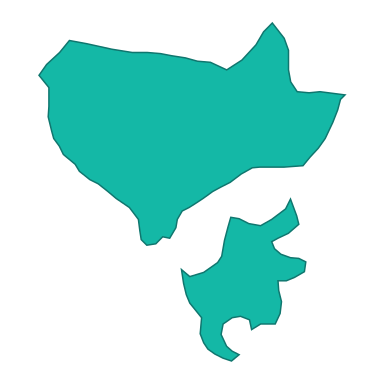 outline of Milia Ammochostou, Cyprus
{"feature_id": "46923920B90595863135808", "entity_name": "Milia Ammochostou", "entity_type": "district", "adm_level": 2, "iso_a3": "CYP", "parent_name": "Cyprus", "parent_adm1": "", "projection": "mercator", "projection_center": [33.805, 35.225], "detail": "fine", "context": "isolated", "style": "filled", "palette": "teal", "viewbox_px": 384, "rotation_deg": 0, "n_neighbors": 0, "source": "geoboundaries", "source_scale": "gbopen_adm2", "svg_char_len": 1562}
<svg xmlns="http://www.w3.org/2000/svg" viewBox="0 0 384 384"><path d="M345.0,94.9L320.0,91.7L309.1,92.8L297.2,91.7L290.7,81.9L288.5,69.9L288.5,50.3L284.2,38.3L272.3,23.0L263.6,31.8L256.0,44.8L241.9,60.1L226.7,69.9L210.4,62.3L197.4,61.2L185.5,57.9L171.4,55.7L160.5,53.6L147.5,52.5L132.3,52.5L111.7,49.2L86.7,43.7L69.4,40.5L59.6,52.5L46.6,64.5L39.0,75.3L48.9,87.6L48.9,95.2L48.9,106.4L48.2,116.8L51.6,130.8L53.7,138.5L59.3,146.1L63.4,154.5L75.2,164.3L79.4,171.3L89.8,179.6L98.2,183.8L107.9,191.5L116.2,198.5L129.4,207.5L138.4,219.4L139.8,230.5L141.2,239.6L146.8,245.2L155.8,243.8L162.7,236.8L169.7,238.2L175.9,227.7L177.3,219.4L182.2,211.0L189.1,207.5L196.8,202.6L203.0,198.5L212.7,191.5L220.4,187.3L230.1,182.4L241.2,174.0L252.3,167.8L259.9,167.1L273.1,167.1L284.2,167.1L303.0,165.7L309.9,157.3L318.3,148.2L325.2,138.5L332.8,122.4L337.7,109.9L340.5,99.4L345.0,94.9ZM290.5,199.1L285.6,208.9L271.7,219.4L260.6,225.7L248.8,223.6L239.1,218.7L230.8,217.3L228.0,227.0L224.5,240.3L221.7,256.3L217.6,262.6L203.7,272.4L189.8,276.6L181.5,269.6L183.6,283.5L186.3,294.7L189.8,303.1L201.6,317.7L200.2,333.8L203.7,342.8L207.9,349.1L214.8,354.0L223.1,358.2L231.5,361.0L239.1,354.7L232.2,351.2L226.6,346.3L221.1,334.5L223.1,324.0L232.2,317.7L240.5,316.3L249.5,319.8L251.6,329.6L260.6,324.0L275.2,324.0L280.1,313.5L281.5,301.7L278.7,290.5L278.0,280.8L286.3,280.8L294.7,277.3L304.4,271.7L305.8,261.9L298.8,258.4L290.5,257.7L280.8,254.2L274.5,248.7L271.7,241.7L278.0,238.2L288.4,233.3L298.8,224.3L296.7,215.9L290.5,199.1Z" fill="#14b8a6" stroke="#0f766e" stroke-width="1.5"/></svg>